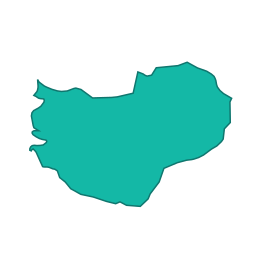 the District of Daga, rotated 102°
{"feature_id": "BTN-2434", "entity_name": "Daga", "entity_type": "District", "adm_level": 1, "iso_a3": "BTN", "parent_name": "Bhutan", "parent_adm1": "", "projection": "natural_earth1", "projection_center": [89.858, 27.036], "detail": "fine", "context": "isolated", "style": "filled", "palette": "teal", "viewbox_px": 256, "rotation_deg": 102, "n_neighbors": 0, "source": "natural_earth", "source_scale": "10m", "svg_char_len": 1531}
<svg xmlns="http://www.w3.org/2000/svg" viewBox="0 0 256 256"><g transform="rotate(102 128 128)"><path d="M101.4,29.1L108.8,33.6L119.0,32.6L121.9,33.8L127.1,37.4L131.2,41.9L138.7,48.5L142.2,52.8L144.6,56.9L145.6,59.0L147.3,64.0L151.7,72.6L160.0,84.5L174.3,86.3L187.8,92.6L193.2,93.6L202.1,99.7L203.9,113.4L201.9,120.5L204.6,124.3L204.3,133.7L202.8,146.7L202.7,148.2L202.7,160.3L199.3,171.4L193.9,178.1L190.7,184.5L184.6,188.2L183.5,191.1L183.6,193.0L182.9,196.9L182.9,198.6L183.6,202.3L183.5,203.5L170.8,212.8L169.5,214.4L168.2,216.5L169.0,217.2L169.8,217.8L170.5,217.9L170.2,219.4L168.7,219.7L166.8,219.3L165.2,218.1L164.4,216.2L164.1,213.4L163.3,210.3L162.2,207.4L159.2,204.9L157.8,204.7L156.9,205.7L157.0,209.5L156.7,212.5L155.7,216.0L154.3,219.4L153.1,220.6L151.9,220.9L150.9,220.2L150.2,219.3L149.9,218.1L149.7,217.1L149.2,214.8L147.3,220.1L145.2,221.3L136.3,225.0L133.1,225.1L130.6,223.9L127.1,219.8L124.8,217.7L120.2,215.6L118.2,215.7L117.1,216.5L117.5,219.9L117.4,221.7L116.8,223.3L116.3,224.4L115.7,226.9L111.2,224.6L109.8,224.4L107.3,224.4L105.6,224.7L99.4,226.5L101.4,224.7L102.1,223.4L104.4,218.4L105.1,215.4L106.0,210.3L106.4,204.8L106.1,200.7L104.4,195.1L100.5,189.0L99.8,187.3L100.1,182.0L106.0,168.9L101.5,150.3L99.8,145.0L92.9,130.2L71.1,130.0L72.0,124.4L72.8,122.6L73.3,120.2L71.4,115.9L63.2,112.9L56.6,92.0L51.4,83.8L54.8,72.5L56.1,62.8L57.9,57.7L59.6,54.6L61.3,53.2L63.2,52.0L67.1,50.4L69.3,49.1L72.2,45.9L74.5,41.7L77.4,32.8L81.3,33.7L101.4,29.1Z" fill="#14b8a6" stroke="#0f766e" stroke-width="1.5"/></g></svg>